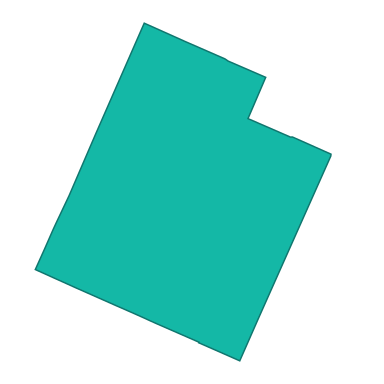 outline of Sedgwick, Kansas, United States of America, rotated 114°
{"feature_id": "52423323B55093132194862", "entity_name": "Sedgwick", "entity_type": "district", "adm_level": 2, "iso_a3": "USA", "parent_name": "United States of America", "parent_adm1": "Kansas", "projection": "natural_earth1", "projection_center": [-97.425, 37.693], "detail": "fine", "context": "isolated", "style": "filled", "palette": "teal", "viewbox_px": 384, "rotation_deg": 114, "n_neighbors": 0, "source": "geoboundaries", "source_scale": "gbopen_adm2", "svg_char_len": 497}
<svg xmlns="http://www.w3.org/2000/svg" viewBox="0 0 384 384"><g transform="rotate(114 192 192)"><path d="M57.2,304.3L177.8,303.6L245.3,302.8L275.3,303.5L282.4,303.6L304.1,303.5L326.6,303.6L326.7,281.2L326.8,258.8L326.7,214.1L326.6,199.1L326.6,184.2L326.7,176.7L326.7,169.2L326.4,124.5L327.0,124.5L326.8,79.7L281.3,79.9L102.8,79.8L100.9,80.4L100.9,122.5L101.8,124.5L102.2,170.7L57.3,171.3L57.7,212.2L57.0,215.9L57.3,259.4L57.2,304.3Z" fill="#14b8a6" stroke="#0f766e" stroke-width="1.5"/></g></svg>